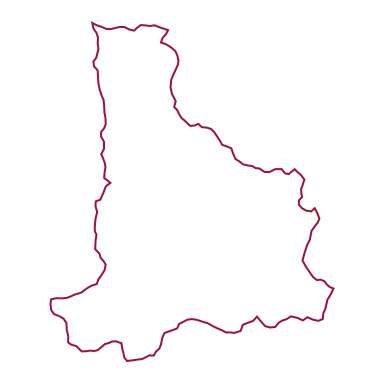 São Gonçalo do Rio Abaixo, Minas Gerais, Brazil
{"feature_id": "56859067B788789962978", "entity_name": "São Gonçalo do Rio Abaixo", "entity_type": "district", "adm_level": 2, "iso_a3": "BRA", "parent_name": "Brazil", "parent_adm1": "Minas Gerais", "projection": "robinson", "projection_center": [-43.325, -19.797], "detail": "fine", "context": "isolated", "style": "outline", "palette": "rose", "viewbox_px": 384, "rotation_deg": 0, "n_neighbors": 0, "source": "geoboundaries", "source_scale": "gbopen_adm2", "svg_char_len": 2987}
<svg xmlns="http://www.w3.org/2000/svg" viewBox="0 0 384 384"><path d="M68.1,342.4L71.2,344.7L76.3,346.1L81.7,351.4L86.3,351.2L90.1,350.6L94.0,351.0L97.6,350.2L101.5,347.0L104.9,344.1L109.1,342.9L112.3,341.5L116.0,341.3L121.4,343.2L122.4,349.3L123.5,353.3L124.3,357.5L127.1,361.0L132.5,360.3L138.0,359.5L142.0,359.1L145.3,357.5L149.3,355.4L153.8,355.6L155.8,351.8L159.4,348.5L161.0,344.3L162.3,337.8L164.3,333.2L168.0,331.7L172.2,330.3L177.1,328.4L179.2,323.8L182.8,322.1L187.4,319.7L191.7,319.1L196.2,319.7L200.5,321.0L204.3,322.3L207.7,323.2L211.0,325.1L214.5,327.0L218.0,328.6L222.0,330.3L226.0,332.4L229.6,332.4L234.3,332.9L240.7,330.9L242.8,324.8L248.1,322.7L253.0,321.0L257.0,316.6L260.5,321.0L265.1,326.1L269.9,327.5L275.2,327.0L278.7,322.7L282.2,320.6L286.6,319.2L290.8,316.4L297.2,317.8L302.9,320.4L307.4,317.2L313.0,319.7L318.4,320.8L322.7,319.1L323.4,313.0L325.4,308.8L326.4,304.3L327.4,299.7L330.6,294.6L333.5,288.5L329.8,287.1L326.7,284.3L324.3,281.1L320.4,279.6L317.0,280.1L313.3,277.3L311.2,274.4L306.2,267.1L302.5,260.6L304.6,252.7L306.0,248.5L307.5,244.2L309.9,239.7L310.7,235.2L311.5,231.0L314.8,226.2L317.6,222.8L319.4,218.7L317.2,212.8L314.7,208.2L311.1,211.4L306.0,210.6L302.0,208.2L298.9,204.6L298.9,200.4L302.2,196.9L301.3,193.1L301.1,189.2L302.7,184.8L304.4,179.5L300.9,175.0L297.6,172.2L294.7,169.2L291.5,171.7L288.8,174.1L285.1,173.4L281.6,169.1L275.3,169.1L269.3,172.1L264.4,171.9L259.5,168.5L255.6,168.1L252.2,166.0L248.3,165.6L243.1,164.3L239.3,161.4L235.5,159.0L233.3,154.0L231.3,148.3L226.3,146.3L222.1,144.8L220.3,141.3L217.1,136.4L214.3,132.2L211.0,129.0L207.2,127.7L201.8,127.1L198.4,123.9L194.3,125.6L190.0,125.8L187.3,123.1L184.3,120.3L181.5,118.0L179.2,114.2L177.0,109.8L174.2,107.1L175.7,101.1L172.0,94.0L170.5,87.2L171.3,79.6L173.3,74.7L176.0,69.0L178.0,64.4L178.5,60.6L177.5,56.0L175.5,51.3L171.7,47.9L168.3,45.6L165.2,43.9L161.0,42.6L162.5,38.0L166.1,34.0L168.0,30.1L161.4,27.9L157.7,26.6L154.6,25.3L150.0,26.0L144.5,25.3L140.7,25.1L137.0,27.8L134.2,30.6L129.8,29.7L124.2,27.0L119.7,27.0L115.7,27.9L111.0,29.1L106.0,28.9L102.0,27.0L96.9,25.3L92.3,23.0L93.4,28.5L96.5,32.9L98.0,37.6L97.7,43.5L98.5,49.1L97.2,53.8L96.3,57.7L93.4,61.4L94.0,66.3L97.6,70.3L98.0,75.8L98.3,82.3L99.0,86.7L100.0,90.8L101.6,95.2L103.6,100.1L104.2,106.4L104.4,112.1L105.5,118.1L105.7,124.2L104.0,128.5L101.2,131.8L101.0,136.2L104.0,141.9L104.0,148.9L101.2,154.1L103.1,158.4L104.7,162.9L105.5,167.3L104.6,172.3L104.2,178.0L107.7,180.6L110.4,182.9L105.9,186.2L104.0,191.3L102.3,195.3L100.2,199.8L95.8,201.3L95.5,206.1L97.2,212.1L95.6,218.4L94.8,226.2L94.8,231.1L96.5,234.8L95.6,240.3L95.4,244.8L95.2,249.2L99.4,253.6L100.7,257.9L103.5,261.0L105.7,264.7L104.6,270.1L101.3,275.4L98.3,279.6L96.8,284.0L91.5,285.7L87.5,288.0L84.4,290.2L81.5,292.5L78.2,293.6L74.5,294.6L70.8,296.4L67.2,297.8L62.1,298.4L56.2,298.2L51.2,299.3L50.5,303.7L51.2,310.0L54.1,314.2L59.3,316.1L63.6,318.7L66.4,323.1L66.8,330.3L68.3,336.0L68.1,342.4Z" fill="none" stroke="#9f1239" stroke-width="2"/></svg>